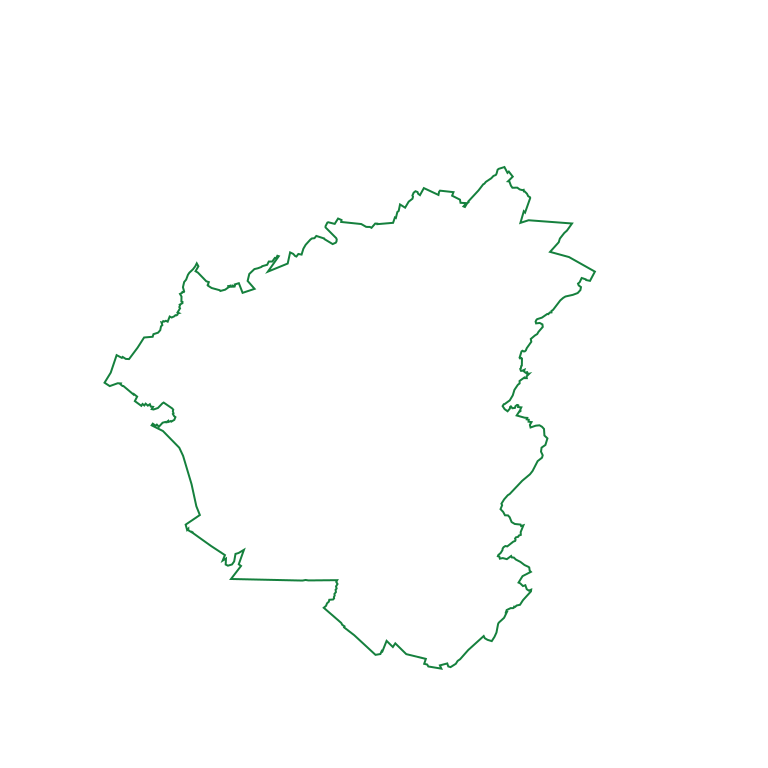 the district of Manuel Doblado, Guanajuato, Mexico, rotated 214°
{"feature_id": "50627088B80639754802347", "entity_name": "Manuel Doblado", "entity_type": "district", "adm_level": 2, "iso_a3": "MEX", "parent_name": "Mexico", "parent_adm1": "Guanajuato", "projection": "equal_earth", "projection_center": [-101.875, 20.693], "detail": "fine", "context": "isolated", "style": "outline", "palette": "green", "viewbox_px": 768, "rotation_deg": 214, "n_neighbors": 0, "source": "geoboundaries", "source_scale": "gbopen_adm2", "svg_char_len": 6166}
<svg xmlns="http://www.w3.org/2000/svg" viewBox="0 0 768 768"><g transform="rotate(214 384 384)"><path d="M153.7,257.3L154.6,263.6L155.3,263.0L155.9,265.2L153.6,269.1L151.7,270.3L151.3,271.0L151.6,272.2L150.6,272.6L150.2,274.5L147.8,277.0L147.9,282.6L146.2,294.2L147.0,295.8L148.4,293.7L150.9,293.7L154.3,296.2L155.8,294.2L159.6,294.9L161.4,294.6L161.7,302.2L157.2,310.4L158.8,310.7L161.0,313.1L161.8,313.2L166.3,312.5L171.4,312.8L176.5,312.2L179.3,312.7L181.1,311.7L182.4,312.5L184.2,307.5L188.2,306.1L190.3,304.0L191.8,305.4L193.3,304.9L193.6,306.1L192.8,309.1L192.9,312.5L193.6,313.9L193.6,315.6L192.8,317.5L191.0,318.3L188.7,325.5L187.5,327.3L187.8,328.4L188.9,329.1L188.9,330.6L187.3,332.4L187.5,333.7L186.2,335.4L187.9,337.7L189.4,344.8L190.9,342.9L192.2,343.8L197.3,341.1L201.0,340.9L205.3,343.8L207.7,344.4L210.3,342.8L213.7,344.6L217.4,345.4L218.3,349.6L219.7,350.4L219.9,355.6L219.2,361.0L218.3,363.0L215.3,381.1L212.5,390.8L212.2,395.0L213.5,406.0L211.8,411.3L212.6,413.7L216.0,415.7L217.8,419.4L216.1,423.7L218.1,430.3L222.2,431.0L226.2,436.2L229.1,436.9L232.0,436.7L234.9,434.3L238.2,429.9L240.2,431.7L240.4,434.9L243.1,433.6L244.0,435.3L245.9,434.5L246.3,436.0L248.6,434.7L256.4,432.1L256.5,437.2L256.0,437.1L255.7,437.9L256.8,439.3L257.1,441.4L260.0,439.9L260.7,441.4L261.4,441.4L262.0,441.0L262.6,439.1L262.1,437.4L264.0,435.7L266.3,436.4L266.6,435.5L265.9,434.0L266.3,430.5L269.9,430.6L273.3,432.0L273.4,434.2L272.8,434.7L270.6,440.7L270.9,446.6L272.6,452.1L272.6,458.2L271.9,460.3L273.3,462.3L271.4,467.5L271.1,467.2L268.9,468.7L270.1,469.9L269.4,473.6L270.6,472.3L271.3,472.4L271.5,473.7L272.0,473.9L273.0,472.5L275.0,472.7L275.5,474.4L277.0,472.0L277.9,471.5L279.5,472.7L279.3,473.4L280.3,475.7L280.0,476.3L283.8,482.2L284.7,482.4L285.5,481.3L286.3,481.6L288.2,487.9L287.8,489.0L286.2,489.2L285.5,489.9L285.2,491.2L285.7,493.5L285.5,501.4L287.5,503.4L286.0,508.7L284.9,511.1L285.1,513.6L284.3,520.1L286.0,522.0L289.0,521.7L291.8,519.3L293.2,520.5L293.5,522.3L293.3,523.4L290.2,527.3L287.8,533.4L286.8,533.8L286.6,535.9L285.2,537.0L286.0,538.2L285.3,540.1L284.6,551.9L283.6,555.6L282.5,558.0L277.3,563.5L274.3,567.7L273.7,571.7L274.9,574.5L277.7,574.6L279.3,575.7L278.7,577.8L279.4,582.4L275.2,583.6L274.6,583.2L270.9,584.7L272.0,595.1L301.6,592.7L320.2,586.4L318.4,599.2L319.5,602.9L319.0,610.0L318.1,613.5L317.9,622.2L355.7,600.6L361.0,593.9L364.7,605.4L362.9,605.0L366.8,620.0L367.6,620.5L369.4,620.3L371.9,621.7L375.0,622.3L375.7,621.9L376.8,623.1L377.7,622.1L380.3,621.2L383.3,621.3L387.3,618.5L389.7,619.4L393.3,622.0L394.5,621.4L393.2,627.9L399.3,629.9L399.7,628.1L405.5,631.2L409.3,626.4L409.6,625.1L408.3,621.3L408.2,619.8L409.6,617.7L410.1,614.6L412.6,608.5L412.8,606.1L413.4,605.1L413.9,597.3L416.2,582.5L415.6,582.2L416.1,580.0L415.9,576.0L417.4,575.7L416.9,580.0L421.9,577.0L424.1,579.3L432.8,578.2L433.7,581.9L445.7,575.6L445.8,574.1L444.6,571.2L460.5,568.7L459.8,560.7L462.0,560.8L463.6,561.9L465.7,561.4L466.4,559.2L465.8,556.1L464.7,555.5L464.0,553.5L465.5,549.0L465.1,542.0L471.1,541.8L468.6,535.7L469.1,534.0L467.0,528.3L468.1,528.2L466.6,522.7L478.9,512.8L479.2,513.2L481.0,512.1L481.7,506.5L483.6,506.3L486.6,504.3L492.3,503.9L510.1,494.4L510.9,496.2L514.6,495.5L514.4,489.2L520.7,486.9L521.2,486.1L520.7,482.1L520.0,481.1L505.2,478.2L504.0,477.4L503.1,475.6L503.0,474.2L504.8,471.3L514.4,470.8L514.9,471.2L522.9,468.9L523.2,466.0L525.2,464.3L525.8,462.5L526.8,455.6L526.5,451.1L524.7,445.2L527.7,443.9L527.9,440.7L529.2,440.4L532.0,441.1L535.4,440.6L531.2,430.0L543.1,412.2L542.7,431.1L544.1,430.7L543.8,427.9L545.0,427.5L545.1,423.1L548.0,421.1L547.5,417.5L550.9,413.5L551.0,412.6L553.3,409.4L555.7,406.8L557.2,399.9L554.7,393.2L544.5,390.5L552.2,380.5L560.7,386.4L563.3,383.2L562.8,382.9L562.4,381.4L564.1,381.0L563.4,380.4L566.2,378.4L566.2,380.6L566.4,378.5L567.2,378.7L567.9,378.0L567.0,377.2L568.4,373.4L571.7,369.6L572.6,369.9L580.6,367.2L584.8,367.1L585.3,368.0L585.6,367.8L586.2,370.5L588.8,369.8L600.6,372.3L603.3,372.1L603.7,377.8L606.7,379.3L606.3,376.1L606.5,372.3L607.6,367.4L607.6,364.9L606.4,359.9L606.7,356.8L604.8,351.8L601.4,348.9L601.4,348.2L602.6,347.6L602.4,346.6L603.5,344.6L600.8,343.3L598.1,339.1L597.0,339.4L596.3,338.3L597.7,335.6L597.2,335.4L596.7,333.3L595.4,332.7L595.2,327.9L593.7,328.1L594.4,327.3L594.0,326.0L594.4,324.9L595.4,324.4L595.7,322.9L597.2,320.4L599.4,320.1L598.2,314.7L600.2,314.4L601.1,312.9L602.2,312.7L602.2,310.8L602.9,310.6L600.7,308.9L601.1,307.1L599.6,303.5L600.0,300.2L603.0,296.4L602.2,293.8L608.9,288.4L608.6,276.3L609.3,262.1L612.1,260.4L615.8,260.3L615.9,259.1L621.8,258.4L616.9,240.6L616.4,228.8L610.2,228.9L605.2,235.7L602.5,237.3L602.4,236.4L599.7,236.1L598.9,236.6L585.7,235.2L585.8,235.8L581.6,235.5L581.0,230.5L573.0,230.2L573.0,232.4L570.7,232.2L570.6,234.4L567.7,234.0L566.8,236.3L564.7,234.9L562.7,235.9L562.5,233.3L560.8,234.0L558.0,237.7L556.9,244.0L556.3,245.4L545.8,245.3L544.3,244.8L543.9,243.4L542.1,242.0L542.3,241.1L540.0,240.0L538.4,239.9L537.8,237.0L539.3,233.9L540.0,234.1L541.6,231.9L542.3,232.7L543.2,230.3L544.0,230.3L545.9,228.1L546.7,222.7L549.6,223.3L550.0,221.7L553.5,221.8L553.5,219.8L541.0,221.4L518.1,216.7L510.4,212.1L487.5,193.3L471.2,177.7L463.4,172.4L469.8,156.5L465.6,152.9L465.3,154.6L464.4,153.3L459.5,153.6L459.8,154.0L459.4,154.0L458.9,153.6L437.1,153.0L420.2,153.2L419.0,147.4L417.4,150.9L414.3,145.8L411.8,146.1L409.1,149.4L409.0,153.1L412.1,160.1L410.1,162.5L407.4,168.2L403.6,153.3L400.8,153.2L401.8,136.8L341.6,175.5L339.4,177.7L336.8,178.9L313.1,195.2L312.9,193.2L310.7,192.2L310.6,189.4L308.9,187.9L309.1,186.4L307.5,184.6L307.7,182.2L306.6,181.1L306.4,179.3L305.5,178.4L305.7,176.9L308.7,174.5L308.0,172.7L308.6,170.3L308.0,167.7L308.8,164.8L285.8,162.0L284.0,161.0L281.2,161.0L281.0,159.9L268.2,159.1L239.6,154.7L236.0,158.1L236.6,161.5L235.8,161.4L238.2,172.5L229.6,170.9L229.6,175.3L214.5,172.5L195.6,179.5L194.2,174.5L191.3,175.6L189.3,174.6L177.3,180.1L180.3,182.0L175.3,187.7L172.8,185.8L170.5,186.5L168.0,192.2L168.1,195.6L167.0,198.4L165.4,210.6L160.4,230.8L158.3,229.6L155.1,229.8L150.9,231.1L151.0,236.1L151.8,240.9L155.2,248.8L155.4,250.3L153.7,257.3Z" fill="none" stroke="#15803d" stroke-width="2"/></g></svg>